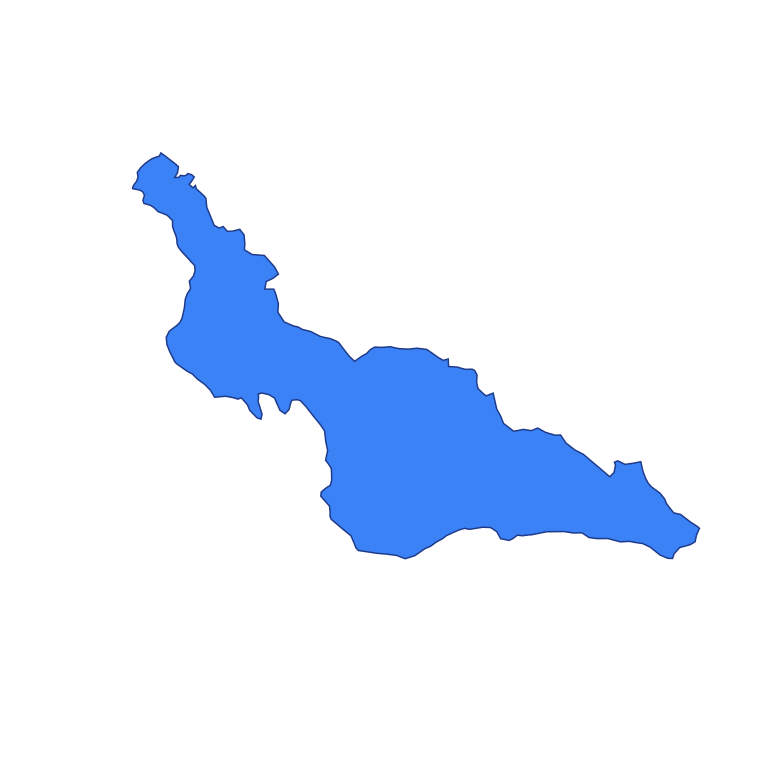 the district of Tochni, Larnaca, Cyprus, rotated 139°
{"feature_id": "46923920B66389715069900", "entity_name": "Tochni", "entity_type": "district", "adm_level": 2, "iso_a3": "CYP", "parent_name": "Cyprus", "parent_adm1": "Larnaca", "projection": "mercator", "projection_center": [33.321, 34.765], "detail": "fine", "context": "isolated", "style": "filled", "palette": "blue", "viewbox_px": 768, "rotation_deg": 139, "n_neighbors": 0, "source": "geoboundaries", "source_scale": "gbopen_adm2", "svg_char_len": 3574}
<svg xmlns="http://www.w3.org/2000/svg" viewBox="0 0 768 768"><g transform="rotate(139 384 384)"><path d="M400.8,704.8L403.9,703.4L410.7,706.1L413.8,706.6L419.3,707.2L425.9,706.8L431.3,705.6L432.8,703.2L433.9,701.6L437.4,699.4L441.6,698.5L444.8,697.2L445.5,696.2L445.1,695.7L442.6,692.6L440.8,689.8L440.0,687.4L440.9,683.7L445.6,680.6L446.7,677.7L444.8,674.8L443.0,672.1L441.9,668.1L441.4,662.2L439.1,658.1L438.2,656.1L436.9,653.7L436.8,652.0L436.4,646.1L440.2,641.6L442.1,637.3L443.3,633.6L444.2,631.3L445.9,628.5L448.1,625.7L449.4,622.3L449.8,616.0L449.4,607.4L449.4,602.0L449.2,597.7L452.2,593.5L456.9,590.5L463.5,589.3L466.5,584.2L467.8,582.8L473.4,581.1L478.2,578.5L479.5,577.3L484.6,572.5L493.3,566.1L497.9,564.3L502.4,564.1L507.2,564.5L511.4,564.7L517.7,562.1L521.9,556.3L524.5,548.9L525.9,543.4L527.3,538.2L527.3,535.6L524.3,523.2L522.1,517.4L521.5,509.6L519.5,500.9L519.1,493.3L520.5,485.1L511.6,478.7L506.8,472.7L504.2,468.5L500.7,467.1L500.7,457.8L502.6,452.2L502.0,441.8L499.9,438.2L495.9,441.2L493.1,447.4L490.5,453.4L487.4,456.2L485.4,459.0L482.0,457.2L477.8,451.4L475.8,445.2L478.0,438.4L479.8,432.2L478.2,426.4L472.5,427.0L466.7,431.0L464.1,432.2L459.7,429.0L458.0,426.0L457.7,418.4L458.4,405.6L458.7,395.4L459.6,387.6L465.5,379.1L470.2,370.7L478.1,364.8L478.4,359.9L479.2,354.8L482.8,350.2L486.6,345.7L491.2,342.7L494.6,343.4L497.2,343.6L502.3,343.6L505.3,340.8L505.3,333.7L505.2,327.7L508.7,322.7L511.5,319.7L512.6,316.5L510.4,302.2L508.5,291.1L510.9,283.7L512.6,278.9L512.6,275.2L509.2,271.2L505.8,267.2L499.6,260.0L494.4,254.7L486.9,246.3L483.8,240.5L482.6,238.2L473.3,234.2L461.2,232.9L455.3,231.0L448.1,230.4L441.6,228.9L436.3,228.6L432.9,227.6L423.6,224.8L418.0,222.3L414.9,218.3L403.4,211.1L397.8,205.8L395.7,198.6L397.5,190.8L392.2,183.9L388.4,182.8L382.5,182.4L379.1,178.7L373.6,175.0L371.4,173.3L358.2,165.8L345.1,154.7L338.9,147.4L332.3,141.9L329.9,133.5L325.0,127.9L320.5,124.0L316.4,120.5L309.2,109.8L302.2,104.4L297.7,98.8L293.5,94.0L290.1,86.2L287.9,73.9L284.2,66.3L280.7,63.0L276.5,65.5L268.2,66.6L258.4,61.9L252.8,60.8L247.5,64.8L241.0,68.0L240.7,68.0L240.8,70.1L243.4,79.2L245.7,90.9L249.9,96.7L249.7,102.9L249.2,108.6L247.6,113.2L247.3,120.5L249.7,131.0L249.7,135.7L248.5,141.0L245.9,148.2L241.2,156.9L247.8,160.6L254.8,165.2L258.0,172.7L261.4,173.8L262.5,170.9L268.4,166.3L274.5,165.9L276.3,178.1L279.7,200.1L283.3,209.2L285.4,220.1L284.2,229.7L288.5,233.1L293.9,241.7L296.9,249.9L303.4,252.1L308.6,258.3L317.1,263.2L319.7,275.8L317.1,283.0L315.3,291.3L307.6,305.5L314.7,308.0L315.6,313.0L316.0,319.1L313.0,324.5L307.9,329.8L306.7,334.8L307.8,337.4L313.1,341.8L315.9,346.0L317.2,348.2L323.8,354.9L319.1,360.7L323.8,363.0L325.8,368.7L326.8,373.2L329.1,382.1L334.3,387.9L336.0,389.7L342.1,393.8L346.3,397.7L350.2,401.7L354.9,408.1L358.2,410.5L361.8,413.2L366.7,417.9L371.6,418.9L377.5,418.4L382.0,419.5L391.3,420.4L392.0,427.0L391.7,434.9L391.0,444.8L391.8,447.6L394.8,453.6L397.8,457.4L401.1,462.1L404.9,471.7L409.9,478.9L411.3,483.1L414.3,487.3L418.6,496.3L417.0,507.8L411.1,513.8L406.7,522.8L404.9,527.8L411.7,533.8L405.7,538.6L398.4,536.6L391.6,536.2L389.8,544.2L390.0,559.5L398.6,568.3L401.3,576.9L397.2,580.9L391.8,588.3L391.4,595.4L398.2,598.8L402.1,602.2L402.1,608.4L406.1,609.8L408.1,615.2L404.5,625.6L401.9,633.5L396.8,640.7L396.4,643.5L397.0,649.5L397.6,654.5L396.1,657.5L399.5,657.4L400.1,662.6L397.3,662.9L391.4,664.7L391.9,668.3L394.0,671.5L396.7,671.3L398.7,672.6L400.7,675.0L403.2,674.5L406.5,677.2L401.4,678.8L396.6,682.8L396.9,686.0L399.4,698.8L400.8,704.8Z" fill="#3b82f6" stroke="#1e3a8a" stroke-width="1.5"/></g></svg>